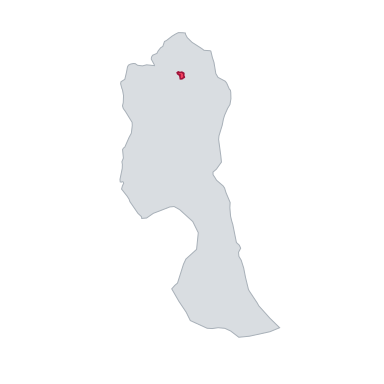 Ozolaines pag., Rezeknes, Latvia (highlighted), rotated 253°
{"feature_id": "27541924B10395676921147", "entity_name": "Ozolaines pag.", "entity_type": "district", "adm_level": 2, "iso_a3": "LVA", "parent_name": "Latvia", "parent_adm1": "Rezeknes", "projection": "robinson", "projection_center": [27.268, 56.437], "detail": "fine", "context": "in_parent", "style": "filled", "palette": "rose", "viewbox_px": 384, "rotation_deg": 253, "n_neighbors": 0, "source": "geoboundaries", "source_scale": "gbopen_adm2", "svg_char_len": 3287}
<svg xmlns="http://www.w3.org/2000/svg" viewBox="0 0 384 384"><g transform="rotate(253 192 192)"><path d="M278.2,258.5L276.0,258.2L269.8,256.5L264.6,253.9L261.5,250.5L256.1,245.8L252.6,243.4L247.0,240.4L237.8,234.2L234.4,232.8L218.0,230.1L212.0,228.9L206.7,222.0L204.9,217.9L202.3,217.2L199.3,218.1L196.1,218.9L188.6,223.6L186.2,224.3L181.6,224.3L170.8,225.4L165.9,223.6L157.5,221.8L152.9,221.5L148.8,221.5L130.7,219.7L127.3,221.7L124.0,222.1L120.8,218.9L116.8,218.0L112.4,219.1L104.3,219.2L94.7,218.2L82.5,217.5L80.7,217.8L66.9,221.9L63.6,222.6L48.5,229.6L36.6,236.1L35.6,225.7L37.3,204.7L39.4,194.3L47.8,188.3L52.0,183.6L54.6,177.3L55.5,171.4L57.3,166.6L69.5,152.8L78.7,151.3L91.3,147.5L105.3,144.3L107.8,148.4L109.1,151.5L125.5,162.8L129.7,166.6L135.8,179.6L151.2,186.1L163.5,184.1L168.9,180.9L178.8,175.0L183.3,170.7L184.2,166.5L182.9,148.7L180.4,141.0L181.4,136.2L183.1,136.5L187.3,134.1L200.9,129.8L203.6,129.7L206.8,128.8L215.4,125.5L218.1,127.2L220.3,129.2L221.6,129.2L222.2,128.5L222.1,127.2L222.7,126.3L225.1,126.8L235.0,132.2L238.8,133.5L241.4,133.8L244.5,136.3L252.9,138.0L254.0,139.3L254.6,140.9L262.5,147.7L266.0,151.2L273.0,154.3L276.1,155.1L288.4,151.9L291.9,150.7L294.7,150.7L297.6,152.4L304.2,154.7L310.2,155.4L311.3,155.2L316.4,155.4L318.2,156.3L319.4,160.7L325.2,164.1L330.5,166.9L331.9,168.3L332.3,170.8L332.0,173.7L331.3,175.3L329.1,177.0L327.1,181.5L326.9,185.8L323.8,193.1L324.5,193.2L331.0,191.9L332.8,192.7L334.3,194.3L334.8,198.9L336.9,201.0L339.1,204.2L339.8,206.7L344.0,209.7L344.3,211.7L346.9,218.6L347.9,222.5L348.4,225.6L347.1,229.5L346.0,232.1L344.7,231.9L341.0,232.6L335.1,235.8L326.3,243.3L324.0,244.9L321.8,250.6L321.2,251.2L316.1,250.9L314.7,250.8L309.5,250.9L298.3,249.4L294.0,250.4L288.2,256.2L286.0,257.0L279.4,257.8L278.2,258.5Z" fill="#d9dde1" stroke="#a8b0b8" stroke-width="1"/><path d="M309.4,212.7L309.1,212.8L308.9,213.0L308.7,213.1L308.5,213.3L308.4,213.4L308.3,213.5L308.2,213.6L308.0,213.8L307.9,213.9L308.0,213.9L307.9,213.9L307.9,214.0L307.7,214.2L307.7,214.3L307.6,214.5L307.5,214.9L307.4,214.9L307.2,214.8L307.1,214.7L306.9,214.7L306.7,214.6L306.5,214.4L306.4,214.3L306.4,214.2L306.1,214.2L305.9,214.3L305.5,214.3L305.3,214.2L305.1,214.1L304.7,214.0L304.4,214.0L304.2,214.0L303.8,213.9L303.7,213.9L303.7,214.0L303.4,214.3L303.3,214.5L303.4,214.8L303.3,215.0L303.2,215.3L303.2,215.7L303.2,215.9L303.2,216.3L303.3,216.4L303.4,216.5L303.5,216.7L303.6,216.8L303.7,217.0L303.8,217.0L304.0,217.3L304.1,217.5L304.2,217.8L304.1,218.0L303.9,218.2L304.0,218.3L304.3,218.3L304.6,218.3L304.6,218.2L304.8,218.1L305.0,218.2L305.3,218.2L305.6,218.1L305.8,218.1L306.0,218.1L306.3,218.3L306.5,218.4L306.6,218.5L306.9,218.6L307.0,218.5L307.3,218.6L307.5,218.8L307.8,218.9L308.0,218.9L308.3,218.7L308.5,218.5L308.4,218.4L308.3,218.1L308.5,218.0L308.8,217.9L309.0,217.8L309.2,217.7L309.3,217.7L309.5,217.5L309.6,217.4L309.6,217.2L309.7,216.9L309.7,216.7L309.6,216.4L309.7,216.2L309.8,215.9L309.8,215.7L309.8,215.4L309.9,215.2L310.0,215.0L310.0,214.9L310.3,214.8L310.3,214.7L310.2,214.7L310.3,214.4L310.4,214.2L310.3,213.9L310.5,213.8L310.8,213.9L310.8,213.7L310.8,213.4L310.7,213.3L310.6,213.2L310.4,213.1L310.4,212.9L310.2,212.8L310.2,212.7L309.9,212.8L309.7,212.7L309.4,212.7L309.4,212.7Z" fill="#f43f5e" stroke="#9f1239" stroke-width="1.5"/></g></svg>